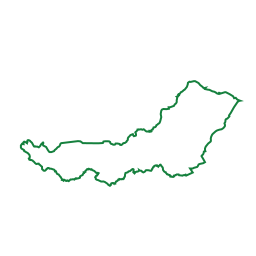 Baru, Hunedoara, Romania (Natural Earth projection), rotated 207°
{"feature_id": "2599482B142327649383", "entity_name": "Baru", "entity_type": "district", "adm_level": 2, "iso_a3": "ROU", "parent_name": "Romania", "parent_adm1": "Hunedoara", "projection": "natural_earth1", "projection_center": [23.221, 45.477], "detail": "fine", "context": "isolated", "style": "outline", "palette": "green", "viewbox_px": 256, "rotation_deg": 207, "n_neighbors": 0, "source": "geoboundaries", "source_scale": "gbopen_adm2", "svg_char_len": 5675}
<svg xmlns="http://www.w3.org/2000/svg" viewBox="0 0 256 256"><g transform="rotate(207 128 128)"><path d="M180.6,84.2L181.0,83.3L180.8,81.5L180.9,80.3L181.9,79.0L182.1,78.4L182.4,77.0L183.3,75.1L183.4,73.8L185.3,71.8L186.8,71.0L187.5,71.0L189.6,72.1L192.3,73.9L195.5,73.9L196.5,74.6L196.6,76.2L197.1,76.5L197.4,76.2L197.4,75.6L198.0,74.2L198.1,72.1L198.7,70.3L200.5,70.2L201.7,69.5L202.5,69.5L203.0,68.9L203.4,68.9L204.2,69.4L206.8,71.2L207.7,71.5L208.7,71.7L209.5,72.1L210.9,72.1L211.6,71.8L211.9,71.3L211.9,70.9L211.2,69.8L211.2,69.4L211.6,69.3L211.2,68.6L211.4,68.6L212.0,69.4L212.7,68.9L213.7,68.5L214.0,68.8L214.3,68.7L214.6,68.0L214.7,67.2L214.3,67.0L213.7,66.2L214.0,66.1L214.8,66.4L214.9,65.9L215.2,65.9L215.3,65.6L215.5,63.8L214.5,61.9L213.5,61.3L210.8,61.2L210.5,61.0L210.3,60.5L209.8,60.2L208.8,60.4L208.0,60.2L206.1,60.2L203.8,59.4L202.7,58.3L202.3,57.5L202.3,57.0L202.0,56.5L202.5,55.8L201.6,55.0L200.5,55.1L199.6,55.6L198.2,55.7L197.3,55.3L196.7,55.3L195.0,54.6L193.7,54.3L192.9,54.5L192.4,55.1L191.4,55.7L190.6,55.2L189.9,55.2L188.0,54.6L187.1,54.5L185.8,52.3L184.4,52.0L183.9,51.7L183.5,51.9L182.7,52.1L182.1,53.3L182.0,54.5L181.5,55.0L181.5,55.7L181.2,56.0L180.4,56.4L179.6,56.1L178.2,56.8L174.9,57.3L173.9,56.9L173.4,56.1L173.1,56.2L172.9,56.7L172.5,56.7L171.4,55.6L170.2,54.9L168.7,55.1L166.1,53.8L165.5,53.7L165.1,53.3L163.4,52.3L163.3,51.7L162.9,51.8L162.5,52.4L161.5,51.8L161.4,52.0L161.6,52.5L161.1,53.0L159.1,52.7L158.8,52.9L158.6,53.5L158.0,53.9L157.4,53.6L156.7,53.7L156.1,55.3L155.9,56.0L155.2,56.3L153.6,57.5L152.3,57.7L152.2,58.1L152.2,58.6L151.5,59.0L151.7,59.3L151.6,59.6L150.0,60.1L148.3,61.7L148.3,62.1L148.6,62.6L148.7,63.2L148.0,64.4L147.1,65.4L147.2,67.2L146.7,67.8L147.3,68.5L146.6,68.9L146.0,69.6L146.5,70.4L146.3,71.0L145.9,71.7L145.8,72.7L145.5,73.0L144.7,73.0L144.4,73.9L142.5,73.9L142.2,74.1L142.1,74.6L141.6,74.7L140.7,74.2L139.7,74.4L138.4,74.4L135.8,73.6L134.5,74.4L133.7,74.4L133.8,73.8L133.7,73.0L134.2,72.5L134.0,71.6L134.1,71.3L134.7,70.9L134.9,69.5L134.8,69.1L134.1,68.9L133.5,67.9L133.1,67.8L132.3,67.7L131.1,68.0L127.6,68.1L125.6,69.2L124.1,69.4L121.0,69.0L119.7,68.4L117.9,68.3L117.8,68.9L117.5,69.2L117.7,69.5L117.9,69.9L117.5,70.6L117.7,71.1L117.5,71.4L117.2,71.5L116.6,72.1L116.0,72.3L115.2,72.0L115.2,72.4L114.2,72.7L114.5,73.2L114.3,73.5L114.4,74.8L113.7,75.6L113.5,76.5L113.2,76.7L113.2,77.8L112.6,78.2L112.4,78.2L112.5,78.7L110.7,79.2L110.4,79.5L110.2,79.9L109.8,80.2L109.2,80.1L108.7,81.0L109.0,82.3L108.8,82.6L108.8,83.5L109.5,85.2L109.8,86.8L108.1,88.4L107.9,89.4L107.7,89.7L106.7,90.4L105.8,92.6L105.4,93.4L104.8,93.7L104.2,93.6L103.6,92.4L103.2,91.0L101.6,90.5L101.4,91.4L101.5,92.0L101.2,92.1L100.5,93.1L99.5,93.6L99.0,94.6L98.4,95.2L98.7,95.5L98.1,95.4L97.7,95.5L97.0,95.9L96.1,95.8L95.4,95.4L94.2,95.4L93.4,96.4L93.0,97.3L93.0,98.2L92.7,98.6L90.5,99.7L88.9,100.0L87.9,100.5L87.8,101.6L88.0,102.2L87.7,102.8L87.9,104.3L87.3,105.3L87.4,106.1L86.4,107.2L84.7,107.3L85.1,107.7L85.1,107.9L84.5,107.9L83.5,107.4L83.4,108.0L82.8,108.9L82.8,109.7L82.6,110.0L82.3,110.1L80.1,108.9L79.6,108.8L78.8,108.2L77.8,106.6L76.2,105.7L75.0,105.5L74.3,105.7L74.0,105.3L72.9,104.9L72.3,104.5L71.8,104.6L71.6,104.8L70.8,104.6L69.7,105.0L69.5,104.8L69.2,104.9L68.3,103.9L68.0,104.0L68.3,104.4L68.0,104.5L66.0,104.7L65.3,105.1L65.0,105.7L65.4,106.5L64.2,107.4L64.2,107.8L63.9,108.0L63.4,108.8L61.7,109.6L61.1,109.1L57.8,110.3L57.3,111.1L56.5,111.4L55.5,112.6L54.6,112.0L50.1,117.7L54.3,120.1L52.1,121.2L51.0,122.6L48.7,124.7L48.5,125.5L48.5,127.6L47.8,128.5L45.0,130.8L43.9,132.5L47.3,134.8L49.7,136.3L49.8,136.8L49.1,138.6L49.3,140.3L49.7,141.4L48.5,142.4L49.3,143.2L50.1,144.7L50.3,146.7L49.5,150.6L48.3,153.2L48.2,153.7L48.6,154.8L49.4,156.0L49.9,157.9L50.0,160.1L49.8,161.2L48.4,164.8L47.5,166.3L45.8,168.0L44.0,169.4L43.0,171.2L42.5,173.4L42.9,174.7L44.2,176.0L44.0,177.1L44.3,178.3L44.8,179.5L44.6,180.6L43.8,181.4L42.9,184.3L43.7,185.1L43.3,187.9L43.0,194.6L42.2,201.0L41.3,202.6L40.5,203.2L42.2,203.0L43.8,203.0L45.7,203.8L47.0,202.7L48.0,203.5L48.9,204.0L52.9,204.3L56.7,204.3L57.3,204.2L58.0,203.8L61.3,200.6L61.9,200.9L62.9,200.7L63.1,199.9L62.8,199.5L63.1,199.4L64.9,199.2L65.7,199.5L67.6,199.5L69.5,199.0L72.8,199.0L74.0,198.5L77.4,197.6L77.6,197.7L77.6,197.9L77.3,198.9L78.3,198.1L79.1,198.0L80.3,198.5L83.1,199.0L85.6,200.1L89.4,200.2L90.5,199.7L93.1,197.5L94.3,197.1L95.1,195.5L95.0,195.1L94.6,194.2L94.2,191.4L94.7,188.9L95.0,187.7L95.5,187.1L96.2,185.1L97.2,183.8L97.3,182.3L97.5,181.9L98.3,181.2L98.4,180.5L97.6,180.7L97.4,180.7L97.3,180.4L97.8,179.6L97.8,178.8L98.7,178.0L98.1,177.8L97.4,175.7L97.3,175.0L96.6,173.7L96.3,172.8L96.5,171.4L97.1,170.2L97.1,168.6L100.0,165.5L101.2,164.9L100.3,163.7L102.2,162.3L105.1,161.0L106.1,159.8L106.2,158.5L105.2,155.3L103.3,152.8L102.4,148.8L102.2,147.1L102.4,146.3L103.0,145.4L103.3,144.4L104.0,143.3L103.8,142.1L104.2,141.1L105.5,140.1L105.3,139.0L105.6,138.0L105.4,137.8L106.0,137.0L106.3,136.3L105.9,135.9L107.1,135.4L106.4,134.9L107.4,134.2L108.3,134.2L109.6,133.4L110.5,133.3L113.4,134.0L114.5,132.9L115.3,132.9L115.8,132.8L117.0,131.9L117.9,131.6L118.6,131.1L118.4,130.9L118.7,130.7L118.9,128.8L119.4,128.1L119.5,127.4L118.3,126.4L117.9,125.8L117.6,125.2L117.6,124.7L119.0,123.4L120.0,123.8L120.9,124.7L122.6,122.8L122.9,121.4L123.5,119.6L123.4,118.6L123.0,117.9L122.8,117.0L123.2,115.8L123.1,115.0L124.1,113.1L124.8,112.8L125.5,111.9L125.6,110.9L126.3,109.8L127.3,109.4L128.0,109.7L128.2,110.0L130.3,109.4L132.0,108.5L132.0,107.6L132.2,107.2L133.6,106.4L134.6,106.5L135.8,106.2L136.8,106.5L137.6,107.4L138.9,107.5L142.2,105.9L143.7,104.8L143.6,103.2L147.5,100.9L161.4,94.0L164.3,94.5L166.6,93.6L180.6,84.2Z" fill="none" stroke="#15803d" stroke-width="2"/></g></svg>